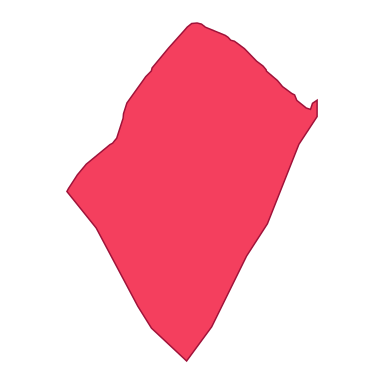 the district of Dorra, Tadjourah, Djibouti
{"feature_id": "41766387B22586556456338", "entity_name": "Dorra", "entity_type": "district", "adm_level": 2, "iso_a3": "DJI", "parent_name": "Djibouti", "parent_adm1": "Tadjourah", "projection": "orthographic", "projection_center": [42.487, 12.202], "detail": "fine", "context": "isolated", "style": "filled", "palette": "rose", "viewbox_px": 384, "rotation_deg": 0, "n_neighbors": 0, "source": "geoboundaries", "source_scale": "gbopen_adm2", "svg_char_len": 736}
<svg xmlns="http://www.w3.org/2000/svg" viewBox="0 0 384 384"><path d="M317.1,100.2L312.5,103.3L310.5,109.4L306.2,108.0L296.8,100.4L294.6,94.9L291.8,93.5L287.9,90.6L282.5,86.6L277.5,80.6L266.5,71.2L266.1,69.7L263.1,66.1L256.6,61.2L244.4,48.6L240.5,45.7L234.4,41.2L230.7,40.2L228.1,37.3L225.3,35.4L205.4,27.2L201.5,24.1L197.1,23.0L191.7,23.5L187.3,27.0L184.0,30.8L168.6,48.0L152.1,67.9L151.3,71.0L145.7,76.7L142.4,81.4L126.9,103.0L123.5,113.7L123.1,118.3L116.7,138.2L115.0,140.2L112.6,143.2L110.0,144.6L86.3,164.1L77.4,174.8L69.5,187.0L68.6,188.3L66.9,191.5L96.2,228.0L137.9,306.4L151.5,328.2L186.6,361.0L211.7,326.8L246.6,256.0L267.4,223.8L298.9,144.3L317.1,116.6L317.1,100.2Z" fill="#f43f5e" stroke="#9f1239" stroke-width="1.5"/></svg>